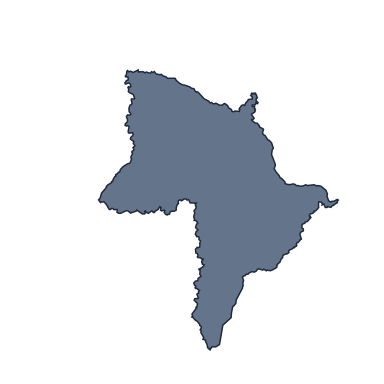 outline of Sant'Ana do Livramento, Rio Grande do Sul, Brazil, rotated 36°
{"feature_id": "56859067B62565689468111", "entity_name": "Sant'Ana do Livramento", "entity_type": "district", "adm_level": 2, "iso_a3": "BRA", "parent_name": "Brazil", "parent_adm1": "Rio Grande do Sul", "projection": "robinson", "projection_center": [-55.556, -30.804], "detail": "fine", "context": "isolated", "style": "filled", "palette": "slate", "viewbox_px": 384, "rotation_deg": 36, "n_neighbors": 0, "source": "geoboundaries", "source_scale": "gbopen_adm2", "svg_char_len": 6060}
<svg xmlns="http://www.w3.org/2000/svg" viewBox="0 0 384 384"><g transform="rotate(36 192 192)"><path d="M308.3,174.4L308.0,173.4L307.0,172.9L306.7,171.3L307.4,170.8L307.8,168.0L307.5,167.4L308.2,165.9L303.8,162.5L303.7,160.4L304.9,158.2L304.5,157.3L303.6,156.4L302.1,156.4L300.4,154.4L300.6,153.6L300.2,152.9L301.6,151.1L301.3,149.9L302.7,148.0L303.2,142.9L301.8,142.9L302.0,142.2L300.8,142.0L300.5,140.3L302.3,138.2L302.2,136.7L302.7,136.1L302.1,135.8L303.3,134.0L303.6,130.1L301.0,126.9L300.5,125.3L302.8,124.1L304.6,125.2L304.8,125.9L305.4,124.9L305.1,124.4L305.7,124.3L309.0,126.2L310.4,125.0L310.1,124.2L313.5,122.7L313.4,121.0L314.5,119.2L315.0,116.8L315.7,116.1L315.7,115.0L315.0,114.1L315.1,112.6L314.3,112.4L313.6,113.1L312.3,116.0L310.4,117.6L310.2,118.5L307.7,118.8L303.6,116.0L302.7,114.0L299.3,111.9L293.1,111.5L290.0,112.8L289.5,113.7L286.5,114.4L281.6,118.9L279.8,119.3L278.3,121.8L275.9,124.0L274.5,124.2L272.6,125.5L270.8,125.3L269.1,126.0L267.0,128.4L265.2,129.5L262.6,130.5L261.2,129.2L256.8,128.4L254.5,128.6L253.3,127.7L248.1,126.3L244.7,124.8L243.8,121.5L243.0,120.6L234.3,114.9L232.1,110.7L232.1,108.8L227.4,105.4L223.9,104.8L223.1,105.4L218.0,103.4L215.9,103.6L214.2,102.6L213.1,99.5L212.4,99.1L208.4,99.8L207.5,98.8L204.3,98.0L202.6,99.1L198.1,98.8L197.7,98.3L198.8,97.4L198.9,95.8L194.8,94.4L194.4,93.8L195.7,90.7L195.5,89.1L194.2,88.5L194.4,87.7L193.1,87.3L192.4,86.1L191.2,87.2L189.9,86.9L189.7,86.1L191.7,84.6L191.8,83.6L191.2,82.2L192.9,82.2L193.0,81.0L190.0,80.3L189.0,78.4L189.6,77.5L186.5,75.3L185.7,75.6L185.2,74.8L184.0,75.5L184.2,76.3L183.8,76.7L182.3,76.8L182.2,77.6L183.0,78.4L182.8,79.4L184.9,79.7L186.1,81.3L183.2,84.1L183.5,85.6L183.1,88.6L183.8,90.9L182.3,91.4L181.3,92.7L181.2,96.4L181.4,97.2L182.2,97.2L182.9,99.0L179.1,101.3L179.0,102.1L177.8,103.0L177.0,103.3L175.4,102.1L172.1,102.4L170.1,101.2L167.0,101.1L166.1,101.5L165.1,104.3L163.1,105.6L159.2,106.1L157.9,107.8L156.9,108.3L155.3,108.0L154.2,109.3L152.2,108.7L147.0,109.5L138.4,107.7L136.9,108.0L136.5,108.7L135.6,108.7L132.8,107.3L130.7,108.3L128.4,108.3L123.1,109.9L121.9,110.7L117.8,111.4L113.3,110.9L111.9,110.0L110.9,110.3L105.4,114.4L103.2,114.1L100.2,115.1L98.0,114.8L97.2,115.9L93.7,117.6L90.7,116.7L90.0,118.4L88.5,118.5L88.5,120.2L88.0,120.7L84.6,121.8L83.7,123.4L82.2,123.3L79.3,125.2L78.8,126.1L78.2,126.3L76.7,124.9L74.2,129.8L71.3,130.4L70.2,131.9L68.5,131.6L68.3,132.5L70.0,135.7L69.9,137.4L70.8,137.8L72.6,136.7L74.0,137.9L74.4,139.1L73.5,140.2L73.5,143.1L74.5,143.8L75.1,143.5L76.4,141.0L78.5,140.9L80.5,142.5L80.5,143.4L78.6,144.2L78.9,145.3L80.4,145.9L81.3,148.0L82.7,148.4L87.2,147.6L90.6,150.0L90.5,150.7L88.3,152.3L88.7,153.2L91.4,155.4L91.6,156.6L90.8,158.4L91.8,161.4L94.0,164.0L96.3,164.6L96.9,165.3L96.7,166.1L94.5,167.6L94.6,169.6L97.1,171.2L98.3,172.7L98.5,173.5L98.0,175.8L98.6,177.4L100.2,177.2L100.9,176.1L102.7,176.1L104.7,180.5L105.8,181.4L106.5,181.4L109.1,179.0L110.4,179.6L110.8,181.4L110.4,183.9L111.0,185.3L115.4,185.5L116.0,187.3L118.3,187.9L118.7,188.7L118.1,190.7L119.7,191.5L120.3,192.4L119.6,194.4L119.9,195.1L121.1,195.5L122.1,199.8L123.8,201.1L124.7,204.1L124.6,205.6L123.2,207.3L121.3,212.0L120.9,216.0L121.7,218.2L120.9,219.3L120.8,221.6L120.1,222.4L120.2,223.2L121.0,223.7L120.5,225.2L120.8,228.2L121.6,229.8L120.9,230.8L121.4,231.8L119.7,235.8L119.5,237.5L120.0,239.7L119.5,246.0L121.3,251.1L121.0,253.3L124.2,254.3L125.3,252.6L126.9,251.7L130.5,252.6L135.1,254.7L135.9,254.5L136.9,252.3L138.1,251.8L139.1,252.2L141.8,250.2L143.3,252.5L145.1,252.3L146.8,251.2L149.9,245.6L151.3,245.0L154.8,245.1L154.7,244.4L155.4,244.1L158.1,240.2L157.9,239.1L164.7,238.9L166.6,237.6L166.4,236.2L165.1,235.4L165.3,234.8L168.1,235.3L169.2,234.9L170.6,230.8L172.7,231.3L173.7,230.6L173.2,229.9L174.9,225.9L174.5,224.8L175.1,223.4L174.7,222.8L176.0,222.7L177.2,225.2L178.5,225.2L180.2,222.9L181.2,223.2L181.4,224.8L183.8,225.6L185.4,225.2L185.7,223.9L186.4,223.8L186.7,222.9L186.0,220.8L187.2,219.1L188.9,218.1L189.9,215.7L188.9,214.7L187.9,212.5L187.4,209.9L187.9,209.5L186.0,207.1L186.7,205.7L187.2,205.1L188.4,205.5L189.4,203.8L189.1,203.2L190.9,201.2L192.7,201.5L193.7,200.3L194.3,200.4L196.8,201.9L202.0,198.5L201.8,199.9L203.1,201.2L204.1,201.4L204.8,203.2L204.7,206.1L206.5,207.3L207.9,210.9L210.3,212.9L210.5,213.7L211.9,212.8L214.7,213.6L215.1,214.2L214.7,214.7L214.8,216.0L215.5,218.3L216.9,219.1L218.7,218.9L219.2,219.5L218.6,221.6L219.6,224.3L222.2,225.3L223.5,224.4L224.6,224.7L225.6,226.4L227.6,226.5L228.5,229.2L229.2,229.6L230.6,232.2L229.4,233.8L228.7,233.7L228.5,236.3L231.1,239.1L232.6,238.7L234.1,239.6L234.4,241.2L235.2,241.6L237.7,240.1L239.1,240.6L240.3,239.7L240.7,240.6L240.5,242.2L241.3,243.2L242.2,243.3L242.4,244.1L243.1,244.3L244.5,243.8L245.0,244.9L244.2,248.0L242.9,250.4L244.1,250.8L244.6,250.5L246.6,253.9L248.8,254.9L247.9,257.8L247.8,258.7L248.6,259.7L248.4,261.0L247.2,262.0L246.9,264.7L249.0,265.9L250.3,265.8L250.8,267.7L251.7,267.9L253.0,267.0L254.6,267.5L255.9,267.2L255.9,268.8L256.8,270.0L256.1,271.0L256.1,271.9L259.3,273.8L259.5,274.5L256.9,276.7L257.4,278.3L261.2,278.8L262.0,279.3L263.3,281.3L263.0,282.6L263.3,283.3L263.8,283.1L263.7,290.5L264.1,291.2L265.3,291.9L265.4,293.3L266.4,292.9L270.2,293.8L272.3,293.5L276.0,294.6L276.6,295.3L278.6,295.5L279.4,296.7L279.6,298.7L281.0,298.8L281.8,300.5L287.1,302.9L287.5,304.8L289.9,303.8L290.9,305.0L293.8,306.5L296.2,308.8L299.0,309.2L299.5,309.0L298.7,307.5L299.3,307.1L299.2,305.3L302.2,303.4L303.9,299.2L295.2,281.6L297.5,270.7L295.0,266.6L292.5,261.2L293.0,256.5L291.2,253.4L289.3,239.9L288.7,239.4L288.5,237.8L286.5,235.5L285.7,233.2L282.8,231.2L283.3,229.4L284.0,228.7L284.2,226.8L285.6,225.6L285.9,223.8L287.0,221.6L289.8,219.8L290.5,218.0L290.4,215.9L292.0,214.5L295.0,213.7L295.6,212.2L298.4,212.1L298.7,211.1L301.7,209.6L302.9,207.7L304.9,203.2L303.6,201.2L304.0,200.8L303.6,199.8L304.4,197.1L303.5,194.1L303.9,191.8L303.3,191.2L302.9,189.6L304.0,187.5L305.6,185.7L305.9,183.8L305.3,183.5L304.7,182.3L306.8,178.4L306.8,176.7L307.5,176.8L307.7,175.1L308.3,174.4Z" fill="#64748b" stroke="#1e293b" stroke-width="1.5"/></g></svg>